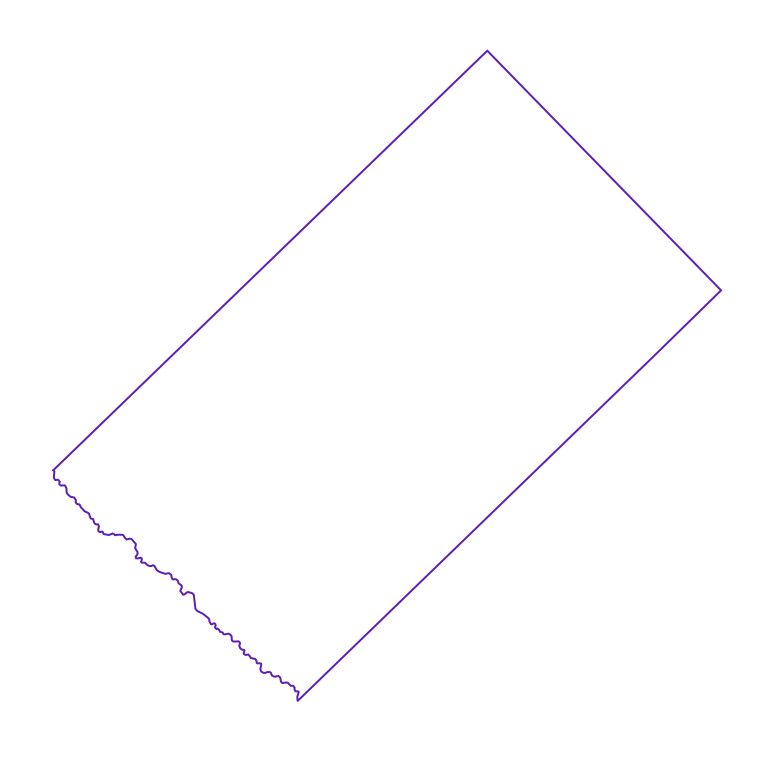 outline of Norman, Minnesota, United States of America, rotated 316°
{"feature_id": "52423323B61487870979754", "entity_name": "Norman", "entity_type": "district", "adm_level": 2, "iso_a3": "USA", "parent_name": "United States of America", "parent_adm1": "Minnesota", "projection": "robinson", "projection_center": [-96.827, 47.325], "detail": "fine", "context": "isolated", "style": "outline", "palette": "violet", "viewbox_px": 768, "rotation_deg": 316, "n_neighbors": 0, "source": "geoboundaries", "source_scale": "gbopen_adm2", "svg_char_len": 2267}
<svg xmlns="http://www.w3.org/2000/svg" viewBox="0 0 768 768"><g transform="rotate(316 384 384)"><path d="M689.8,216.0L86.1,216.3L86.2,217.9L82.1,221.4L81.4,222.3L80.9,223.9L80.9,224.8L83.0,226.4L83.1,227.4L82.8,229.1L81.4,229.9L80.9,230.6L80.9,232.0L81.2,232.8L83.7,234.8L83.9,236.1L83.0,238.6L80.5,241.3L79.9,243.2L80.1,247.1L82.3,250.6L81.7,253.5L80.1,254.9L79.8,256.2L80.0,257.5L81.2,259.0L81.1,260.1L80.4,261.8L80.2,267.5L81.7,271.4L81.7,272.5L80.0,275.7L79.7,277.1L80.9,279.3L79.2,282.4L79.0,283.6L79.3,284.9L80.8,286.3L80.1,288.4L77.5,290.0L76.5,291.3L76.5,292.7L77.0,293.4L78.8,294.4L78.9,295.1L78.2,296.9L78.4,297.7L81.3,301.6L84.9,303.0L85.4,304.2L85.4,305.8L89.0,308.5L91.3,311.1L91.4,311.7L90.7,315.2L91.0,317.1L93.8,318.8L94.6,319.9L94.7,321.3L94.3,326.8L90.9,329.3L89.9,333.8L88.3,335.3L85.4,335.7L84.6,337.2L85.9,338.6L88.3,339.9L88.6,340.9L87.8,342.1L85.8,343.1L85.6,344.1L87.9,346.6L88.1,350.2L88.9,352.0L89.9,353.2L91.9,353.9L92.5,355.5L91.2,360.3L92.1,363.4L94.7,368.5L97.8,370.6L98.4,373.3L96.3,376.7L96.5,378.0L98.2,379.3L98.9,380.4L98.9,382.6L97.8,384.8L98.4,387.7L98.2,388.6L97.5,389.8L94.3,391.0L93.7,391.6L93.2,396.0L94.4,396.8L97.5,397.0L98.5,397.5L100.7,401.1L100.7,403.6L92.2,414.7L92.0,417.6L94.1,423.3L95.0,430.1L94.9,431.6L93.5,433.6L92.7,436.4L93.2,437.3L95.4,438.0L96.0,439.1L95.3,440.7L93.6,441.4L93.2,442.7L93.2,443.8L94.2,444.1L94.6,445.3L94.4,447.3L93.9,448.3L95.1,450.2L95.3,450.8L94.8,452.4L95.1,453.1L98.8,455.7L99.3,457.9L99.1,459.6L97.3,461.7L96.5,463.0L96.5,464.0L97.0,464.9L100.1,467.7L100.6,468.1L100.8,469.4L100.3,470.6L98.2,471.6L97.1,473.7L97.2,476.1L98.5,478.1L98.5,478.7L96.1,480.2L95.7,481.3L96.5,483.1L98.3,484.1L98.5,485.7L97.9,488.8L100.2,492.0L100.3,493.3L100.1,494.3L98.7,496.2L98.9,497.2L100.2,498.1L101.3,499.6L100.7,500.6L97.0,503.2L96.2,504.7L96.1,506.4L96.5,507.8L97.6,509.1L100.5,510.5L101.9,512.3L102.0,513.2L101.0,515.6L101.0,516.4L101.8,518.2L102.6,519.2L104.2,519.8L105.2,520.9L105.5,522.1L105.2,523.5L103.3,526.3L103.0,527.2L103.2,528.5L106.6,531.0L107.3,532.4L107.2,536.1L109.0,538.0L108.8,540.3L107.3,541.8L106.9,543.1L107.0,543.8L108.5,545.2L108.8,545.9L108.5,546.5L104.4,548.7L101.9,551.7L102.0,552.0L593.0,551.4L691.5,550.8L689.8,216.0Z" fill="none" stroke="#5b21b6" stroke-width="2"/></g></svg>